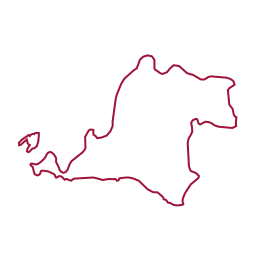 an SVG outline of Banten, rotated 4°
{"feature_id": "IDN-1226", "entity_name": "Banten", "entity_type": "Province", "adm_level": 1, "iso_a3": "IDN", "parent_name": "Indonesia", "parent_adm1": "", "projection": "mercator", "projection_center": [105.895, -6.442], "detail": "fine", "context": "isolated", "style": "outline", "palette": "rose", "viewbox_px": 256, "rotation_deg": 4, "n_neighbors": 0, "source": "natural_earth", "source_scale": "10m", "svg_char_len": 2624}
<svg xmlns="http://www.w3.org/2000/svg" viewBox="0 0 256 256"><g transform="rotate(4 128 128)"><path d="M188.5,200.3L188.1,200.5L185.1,201.4L181.9,201.8L179.1,201.5L177.4,200.9L176.3,200.3L175.1,199.8L173.3,199.7L172.6,199.2L171.3,197.4L170.6,197.0L168.8,196.7L168.3,196.1L168.2,195.2L167.5,194.3L166.6,193.6L161.9,190.1L157.6,190.3L151.9,187.8L142.5,179.9L136.7,178.0L132.8,177.4L130.3,177.4L127.7,177.9L125.0,178.3L122.7,179.0L122.3,180.8L120.5,181.4L119.1,179.7L116.6,180.1L112.5,180.2L108.5,181.1L106.1,181.7L103.6,181.0L99.4,180.2L96.7,179.8L82.8,181.6L77.4,182.4L74.8,184.6L70.0,183.1L68.4,184.0L66.4,182.1L65.1,181.1L62.7,180.7L62.2,181.1L61.0,182.0L59.8,182.6L59.2,182.0L58.9,181.1L58.3,180.1L57.6,179.3L56.9,179.0L51.4,176.8L45.5,176.5L44.2,177.0L43.6,179.5L42.9,180.5L41.9,181.3L40.8,181.6L38.3,180.7L37.2,178.4L35.7,173.5L33.9,172.3L33.2,171.4L33.6,170.4L34.5,170.2L38.9,170.8L40.8,170.0L43.0,168.3L46.6,164.5L47.9,162.3L48.8,159.9L50.1,158.1L52.4,157.3L54.0,158.0L55.8,159.5L57.3,161.3L58.2,162.7L58.6,164.4L58.5,165.7L58.7,167.1L61.8,172.2L62.5,174.3L64.2,176.2L66.5,177.2L68.9,176.3L70.6,173.9L72.5,167.8L74.0,165.0L84.3,155.5L86.2,152.9L87.0,150.9L85.8,139.9L89.0,133.3L90.7,132.1L93.5,132.3L94.0,137.1L96.3,138.3L97.9,140.2L101.5,139.6L107.1,137.2L110.6,132.6L112.6,127.0L112.2,122.6L113.7,99.9L114.6,95.1L118.2,84.3L120.9,79.1L130.0,69.7L131.3,68.9L132.6,67.7L135.2,59.0L138.2,55.8L142.5,54.2L146.7,54.8L149.6,58.1L150.2,66.6L151.0,68.0L152.4,68.6L156.4,71.1L158.6,71.7L163.0,69.6L165.9,65.5L169.1,62.2L174.7,62.6L182.8,69.0L185.9,69.9L189.1,70.4L197.0,74.4L200.4,74.4L202.5,73.1L204.6,71.5L207.4,70.7L222.3,70.9L225.2,71.5L227.9,72.5L229.8,73.9L230.9,76.1L231.2,77.6L230.6,77.9L226.4,81.2L225.0,83.2L227.4,97.5L231.1,101.8L232.6,107.3L234.1,109.2L235.3,109.5L235.3,116.4L235.8,118.5L232.2,120.7L218.1,120.4L214.2,119.3L211.5,117.7L208.8,116.6L205.1,116.3L203.0,117.3L201.2,118.6L199.6,119.4L198.4,118.9L197.4,117.1L196.9,115.3L196.0,114.3L194.7,114.2L193.7,114.8L191.9,115.9L190.6,118.6L191.3,120.8L192.0,124.1L192.3,127.6L191.0,130.8L189.1,134.5L188.6,138.8L191.4,161.5L192.5,164.6L193.6,166.5L197.8,167.8L199.5,168.6L202.1,170.9L201.8,172.9L194.5,179.9L189.5,188.9L188.3,192.4L187.5,195.3L187.5,197.1L187.9,198.5L188.5,200.3ZM39.4,139.3L39.6,142.6L39.4,147.8L38.3,152.5L36.2,154.6L33.9,155.3L31.5,158.4L30.0,159.1L28.8,158.2L29.1,156.0L30.2,153.6L31.3,151.9L29.7,151.1L28.8,149.8L27.8,146.5L22.1,152.3L20.6,152.8L20.2,150.4L22.9,147.1L29.5,141.9L30.5,142.9L31.5,141.6L33.0,140.7L34.4,140.4L34.9,140.6L35.4,139.8L36.5,139.3L38.0,139.2L39.4,139.3Z" fill="none" stroke="#9f1239" stroke-width="2"/></g></svg>